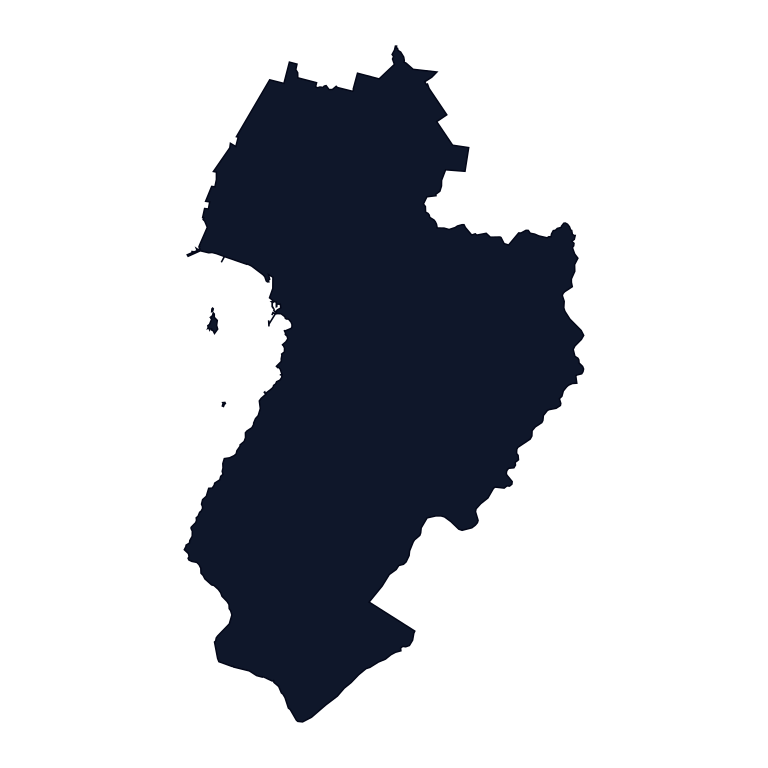 outline of Lower Hutt City, Wellington, New Zealand
{"feature_id": "76426892B69033052068966", "entity_name": "Lower Hutt City", "entity_type": "district", "adm_level": 2, "iso_a3": "NZL", "parent_name": "New Zealand", "parent_adm1": "Wellington", "projection": "albers", "projection_center": [174.937, -41.285], "detail": "fine", "context": "isolated", "style": "filled", "palette": "ink", "viewbox_px": 768, "rotation_deg": 0, "n_neighbors": 0, "source": "geoboundaries", "source_scale": "gbopen_adm2", "svg_char_len": 6078}
<svg xmlns="http://www.w3.org/2000/svg" viewBox="0 0 768 768"><path d="M574.7,254.0L572.7,248.5L572.7,246.9L573.7,245.9L574.0,243.3L571.7,241.3L574.3,239.4L575.2,235.5L574.1,235.5L572.4,234.3L571.7,230.4L570.7,230.1L569.5,226.8L567.5,224.2L565.3,223.0L563.8,223.2L561.4,226.3L561.3,227.4L557.3,228.4L555.4,230.3L553.3,230.6L551.5,233.9L551.0,236.8L548.8,236.7L547.1,237.8L538.8,235.9L534.7,234.1L530.2,233.2L528.3,230.4L526.0,230.3L521.0,233.0L518.7,232.9L508.6,245.0L504.1,243.6L501.0,237.5L500.0,237.0L490.4,237.2L486.2,233.3L476.7,235.1L475.3,233.8L471.7,235.0L465.4,227.5L464.0,224.7L462.0,224.7L457.4,226.0L455.2,227.5L449.1,229.5L444.1,228.1L437.2,228.0L436.5,224.2L435.3,221.7L434.0,220.0L429.8,217.4L429.2,215.0L428.0,213.4L425.6,212.1L425.4,206.5L423.4,204.0L426.9,196.8L436.0,195.7L435.8,194.3L439.9,191.2L441.5,186.0L441.6,180.3L445.6,169.8L465.0,171.3L468.7,147.6L452.6,145.2L436.7,121.6L446.8,114.8L429.1,88.5L427.5,84.1L426.6,84.8L424.7,81.8L431.8,77.2L436.9,72.0L413.1,69.3L406.1,63.1L404.0,62.1L404.3,60.5L403.7,57.0L400.7,52.1L398.1,50.4L397.5,48.3L396.4,48.2L396.6,46.1L395.4,46.1L394.5,50.0L392.1,54.5L393.6,56.5L392.5,59.0L394.4,64.4L379.1,78.9L357.5,73.2L353.2,89.1L353.6,89.9L352.6,91.3L337.4,87.5L336.2,86.3L332.4,89.5L329.1,89.6L326.1,85.6L324.2,86.1L323.1,87.4L319.9,87.0L317.5,87.8L315.6,86.7L316.6,82.7L297.8,77.8L297.7,72.7L295.8,69.6L297.0,64.1L289.4,62.1L283.9,83.4L269.7,79.8L236.4,136.7L238.2,137.2L235.8,146.5L230.4,143.3L229.8,147.8L213.4,171.5L216.4,172.1L216.4,179.6L214.9,186.8L211.7,186.4L205.6,201.3L209.7,201.9L208.4,209.0L204.6,208.5L202.6,217.6L203.8,217.9L203.1,219.5L204.7,221.1L207.3,227.3L199.3,245.7L199.7,246.3L198.9,246.9L200.1,249.0L197.9,249.5L196.3,248.4L197.2,250.6L193.0,252.3L193.0,251.6L192.0,251.5L192.0,252.7L187.2,254.8L188.1,256.3L200.3,250.8L208.7,252.8L212.1,252.5L216.4,253.6L224.3,256.5L221.3,262.3L224.5,256.6L246.8,264.3L247.0,263.8L251.5,266.0L263.0,274.7L264.8,276.7L266.2,280.9L267.4,281.9L268.8,281.8L268.3,280.4L269.7,279.3L268.5,274.6L272.9,277.2L272.8,288.4L269.5,297.8L272.6,300.2L272.6,301.4L271.4,301.7L272.1,302.2L272.1,306.6L274.4,309.9L272.3,306.2L272.3,302.2L273.1,302.4L273.6,301.5L276.3,302.1L276.3,306.8L276.8,306.6L276.9,304.1L280.3,304.2L280.8,307.9L277.3,309.9L276.1,311.5L274.5,311.2L273.5,309.9L274.5,311.4L276.4,311.8L276.3,312.5L275.8,313.1L272.8,313.2L273.2,311.9L271.9,315.1L272.9,313.3L275.8,313.2L275.0,313.3L275.2,313.9L269.3,323.6L268.6,320.4L268.9,326.4L269.1,324.0L275.3,314.0L277.7,313.6L281.1,313.8L284.9,316.7L285.2,318.1L286.3,319.0L288.5,319.1L291.1,322.2L292.0,324.6L291.9,327.1L291.1,328.4L284.8,331.0L284.1,330.2L285.5,333.0L285.3,334.5L287.1,336.2L287.8,338.8L285.8,341.9L282.0,345.1L283.0,344.9L284.5,348.0L284.4,351.9L281.6,354.1L281.9,355.1L281.2,358.9L281.3,361.4L276.4,366.3L277.8,367.7L278.9,367.5L280.3,369.3L282.0,374.6L279.8,374.9L282.0,374.7L281.7,377.5L279.8,380.2L276.6,381.7L275.6,384.0L273.6,385.4L273.2,387.0L272.0,388.4L265.4,393.6L264.8,391.9L264.3,392.3L265.8,394.3L261.2,398.3L259.3,400.9L260.3,408.6L258.2,415.6L255.5,418.6L253.6,423.1L253.7,424.3L251.9,427.7L247.0,430.9L245.4,432.8L245.5,437.7L244.1,441.5L240.1,444.8L240.0,446.3L236.9,450.7L236.2,453.8L234.2,455.6L229.6,457.8L224.3,458.6L222.8,463.6L223.0,468.0L222.2,471.3L223.0,474.3L220.7,476.3L219.8,479.8L214.7,483.1L214.2,485.2L212.2,488.1L208.7,488.3L206.3,496.3L202.6,499.6L201.5,504.2L202.5,506.6L202.5,508.6L201.0,511.3L199.7,512.2L198.0,516.3L196.2,517.8L196.5,520.3L195.7,522.6L191.1,527.3L191.1,528.6L192.3,531.1L192.2,536.3L189.8,540.5L189.5,543.0L186.1,545.1L185.9,546.6L184.3,549.7L188.4,553.6L189.1,556.5L188.1,558.3L188.9,560.0L191.8,561.4L196.8,562.4L199.0,564.6L200.8,568.2L201.0,573.2L203.1,575.4L204.9,578.9L211.6,584.9L214.0,585.5L218.3,589.4L220.7,592.7L222.0,596.3L227.0,601.4L229.0,604.5L229.2,608.7L230.6,610.6L231.9,614.9L229.3,623.9L217.6,636.0L216.2,638.0L215.7,640.9L214.5,642.0L217.6,658.4L218.9,661.7L232.2,666.5L232.9,666.1L233.5,667.0L249.3,670.9L256.6,675.6L262.2,677.1L262.3,676.6L263.0,676.7L272.2,681.0L273.3,680.9L273.7,680.0L273.9,682.4L278.7,686.5L281.4,692.9L282.9,694.1L285.0,697.6L288.4,708.1L290.2,709.5L296.4,720.2L297.8,721.4L302.6,721.9L311.6,717.2L325.6,705.1L337.4,696.1L344.2,688.2L351.1,682.6L358.7,674.7L366.1,668.6L369.9,667.4L378.3,662.1L385.5,659.1L390.8,654.8L395.4,652.3L400.9,650.8L400.6,648.1L402.7,646.4L405.7,646.8L409.4,645.5L412.6,640.2L413.8,633.3L414.8,631.1L369.1,602.1L382.2,586.0L389.3,574.5L396.2,569.5L398.8,565.5L403.5,564.3L406.1,561.9L409.1,555.6L409.6,550.9L413.2,542.0L414.5,539.9L419.8,535.4L420.7,532.9L421.2,527.9L427.1,517.9L435.9,515.9L441.0,515.9L444.5,516.9L450.9,521.6L458.8,529.2L462.1,530.3L471.9,527.8L475.4,525.1L477.4,522.7L478.1,520.4L475.5,511.7L476.1,508.8L480.7,503.7L487.9,498.0L493.5,488.3L495.2,487.1L504.2,488.1L506.9,485.9L509.6,486.1L511.9,484.2L512.2,481.6L506.8,475.0L506.3,473.3L506.8,470.7L508.6,468.3L513.9,467.8L515.5,465.1L515.2,462.4L518.5,459.8L518.1,455.3L516.8,453.8L516.6,452.3L516.8,449.3L517.8,447.4L530.2,439.1L531.9,436.0L532.1,430.7L535.3,426.9L541.8,422.6L542.9,420.4L543.4,415.5L547.2,410.7L548.8,409.7L556.1,408.3L560.4,405.5L560.8,403.4L559.4,398.7L561.9,396.3L563.3,391.0L566.6,386.9L568.5,385.2L572.4,383.5L576.8,383.2L575.8,375.9L576.9,375.0L581.7,373.8L583.0,371.7L583.6,369.0L582.6,366.4L579.1,363.0L578.8,359.8L577.9,358.2L574.9,356.3L573.2,349.4L574.9,346.0L581.4,339.4L583.7,335.4L581.2,330.5L569.9,319.1L564.9,311.3L563.8,307.8L564.2,301.3L562.3,295.5L563.1,293.4L564.7,291.7L572.3,286.7L571.4,282.3L571.4,278.9L574.8,271.3L574.6,264.6L577.9,258.2L574.7,254.0ZM213.2,312.8L212.5,315.6L210.7,317.1L211.3,317.2L210.9,318.4L211.7,319.0L209.5,324.4L207.8,325.7L208.2,327.3L207.8,328.3L208.6,327.8L209.5,329.7L209.7,328.9L211.6,329.0L211.4,329.9L213.1,330.7L214.5,333.5L217.7,329.1L216.6,325.4L217.3,320.4L214.3,317.3L214.3,314.0L213.2,312.8ZM224.9,402.4L222.7,402.6L223.1,403.2L222.3,406.0L223.5,406.5L224.4,404.2L225.4,403.6L224.9,402.4ZM213.3,308.8L212.6,308.1L211.9,308.9L211.7,311.5L212.8,310.8L213.3,308.8Z" fill="#0f172a" stroke="#020617" stroke-width="1.5"/></svg>